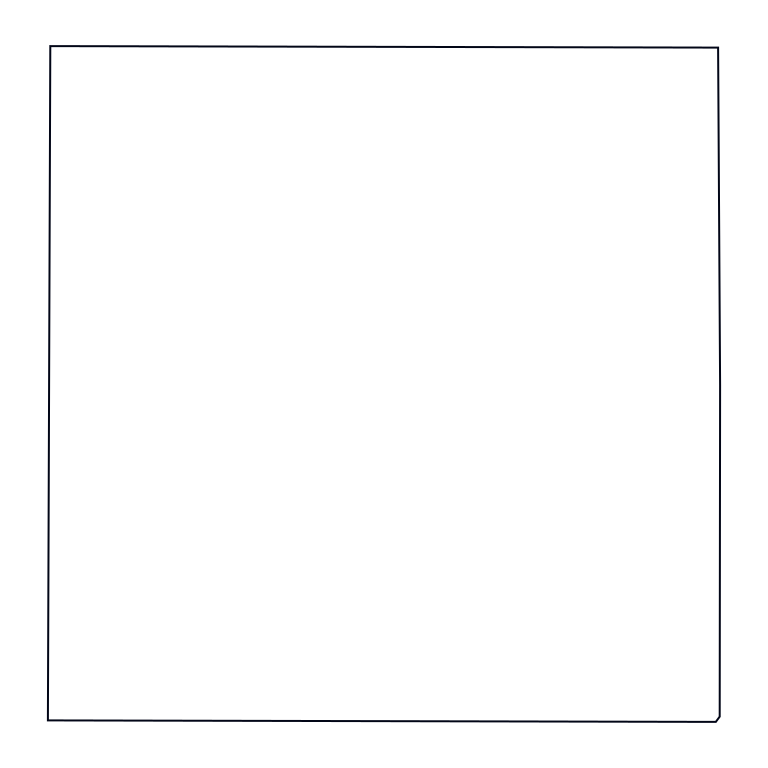 Saline, Nebraska, United States of America (Albers equal-area conic projection)
{"feature_id": "52423323B35971436887727", "entity_name": "Saline", "entity_type": "district", "adm_level": 2, "iso_a3": "USA", "parent_name": "United States of America", "parent_adm1": "Nebraska", "projection": "albers", "projection_center": [-97.109, 40.524], "detail": "fine", "context": "isolated", "style": "outline", "palette": "ink", "viewbox_px": 768, "rotation_deg": 0, "n_neighbors": 0, "source": "geoboundaries", "source_scale": "gbopen_adm2", "svg_char_len": 205}
<svg xmlns="http://www.w3.org/2000/svg" viewBox="0 0 768 768"><path d="M50.3,46.1L47.9,720.4L715.8,721.9L719.7,716.6L720.1,385.2L718.1,47.6L50.3,46.1Z" fill="none" stroke="#020617" stroke-width="2"/></svg>